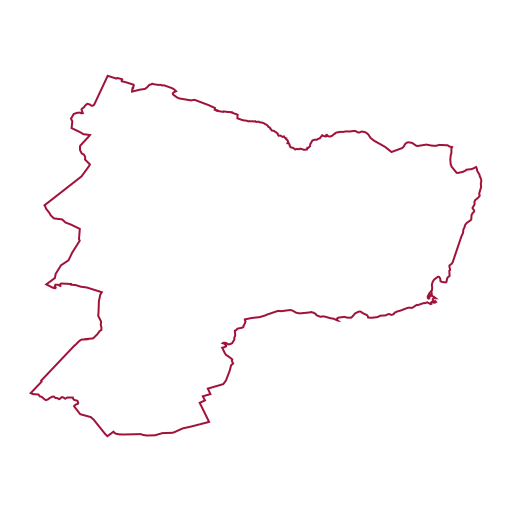 Batarci, Satu Mare, Romania (Robinson projection)
{"feature_id": "2599482B29173948913219", "entity_name": "Batarci", "entity_type": "district", "adm_level": 2, "iso_a3": "ROU", "parent_name": "Romania", "parent_adm1": "Satu Mare", "projection": "robinson", "projection_center": [23.175, 48.032], "detail": "fine", "context": "isolated", "style": "outline", "palette": "rose", "viewbox_px": 512, "rotation_deg": 0, "n_neighbors": 0, "source": "geoboundaries", "source_scale": "gbopen_adm2", "svg_char_len": 5966}
<svg xmlns="http://www.w3.org/2000/svg" viewBox="0 0 512 512"><path d="M476.0,167.0L473.5,168.4L471.6,169.1L466.4,169.7L465.7,170.5L463.0,171.8L458.2,172.9L456.7,172.9L451.6,166.7L450.7,164.2L450.3,159.5L450.7,155.5L451.4,152.8L451.4,148.6L452.1,147.1L449.4,146.5L447.7,145.3L439.3,144.9L436.0,145.8L434.8,145.8L431.6,145.6L426.4,144.6L417.5,146.0L416.2,145.7L412.1,142.9L408.4,142.3L407.2,142.5L405.7,143.5L404.9,144.4L403.8,146.5L402.3,148.0L391.5,152.0L384.8,146.7L374.4,140.9L370.7,138.1L368.3,134.5L366.6,133.0L365.2,132.2L362.6,131.6L361.5,131.6L359.3,132.5L358.3,132.6L355.8,131.2L354.2,130.9L349.9,131.5L346.0,131.4L342.4,132.0L340.9,131.8L337.1,132.4L335.5,132.9L334.9,133.7L333.5,134.5L332.1,135.8L329.8,136.6L328.3,136.3L326.8,134.8L326.2,135.1L326.4,136.2L325.9,136.5L322.7,135.8L322.5,135.3L322.2,135.2L319.7,138.4L318.0,138.9L316.9,139.7L314.2,139.8L312.4,140.5L310.3,144.1L310.0,146.3L308.1,148.0L307.4,147.8L306.9,149.5L304.0,149.8L300.3,148.6L299.2,149.2L296.4,149.0L295.3,149.5L293.2,147.9L290.6,147.3L289.6,145.6L289.7,145.0L288.9,143.3L287.5,143.2L288.1,141.4L287.4,140.1L286.3,139.5L286.1,139.2L286.3,138.4L284.8,137.7L283.9,136.4L282.8,136.9L280.1,135.5L278.7,135.8L277.9,134.7L277.6,133.4L273.9,130.9L271.7,130.5L271.1,129.3L270.3,128.8L269.9,127.6L268.4,126.9L267.6,125.5L264.0,123.3L261.7,122.5L259.9,122.4L258.8,121.7L256.1,121.9L255.3,121.2L253.9,121.6L252.8,121.2L250.5,121.4L249.4,121.1L248.4,121.4L246.7,120.7L243.8,120.4L241.3,119.7L237.4,118.3L237.6,114.7L231.8,112.6L231.9,112.3L230.6,112.1L227.3,111.9L227.6,112.0L223.6,111.4L223.2,111.9L216.8,110.8L217.0,110.2L214.7,109.8L215.0,108.0L208.3,105.0L194.5,99.8L191.1,100.4L179.6,98.5L177.3,97.6L173.2,94.7L172.8,93.4L173.3,92.6L176.1,91.2L174.1,89.4L171.9,88.1L164.0,85.3L162.1,85.5L161.0,84.9L158.0,84.9L153.7,84.2L152.2,83.7L151.1,84.4L149.3,84.9L146.9,87.5L145.0,88.9L139.7,89.7L132.1,91.6L132.2,89.7L133.1,88.1L132.6,87.9L133.8,85.6L133.6,84.7L125.1,82.0L122.1,81.4L121.7,81.2L121.6,80.6L122.2,79.4L121.8,79.1L117.2,78.0L116.4,78.6L107.7,75.8L94.2,104.6L93.4,105.4L92.1,105.8L91.0,105.5L89.9,104.5L87.2,103.8L84.8,105.9L84.3,107.1L82.0,108.7L81.5,109.5L82.8,113.1L81.2,113.3L80.1,112.6L77.2,112.8L73.7,114.0L71.0,118.7L72.3,121.3L71.6,128.1L80.2,132.2L83.4,134.2L89.9,135.0L88.5,136.8L80.3,145.6L80.0,146.4L80.0,150.0L81.7,153.4L84.0,154.7L85.2,157.0L85.0,159.5L89.9,164.4L89.1,166.0L81.5,176.4L44.5,205.3L45.2,206.4L46.1,208.7L49.2,212.7L50.8,215.4L53.9,218.4L62.1,219.4L65.5,222.5L71.0,224.6L79.8,228.9L79.0,239.0L79.7,240.7L72.2,252.6L68.5,260.3L61.0,265.3L55.7,273.8L54.9,278.0L46.3,284.4L53.2,287.9L55.4,288.2L55.7,287.4L54.7,286.6L55.4,284.7L58.1,284.8L60.3,286.0L60.5,285.9L60.1,284.4L61.1,283.5L71.0,284.0L71.0,284.7L75.8,285.1L80.7,286.7L86.8,287.5L101.8,292.2L100.3,294.6L98.9,301.1L98.5,312.6L98.2,315.8L101.0,321.4L101.1,322.5L100.7,324.5L101.4,327.4L101.4,329.9L99.6,331.1L97.2,334.4L93.1,338.4L86.4,339.0L86.7,339.3L81.5,339.6L79.4,340.9L75.1,345.2L74.6,345.4L41.1,380.7L41.6,381.6L41.4,381.9L30.7,393.1L33.0,394.1L38.4,394.5L39.9,396.4L41.7,396.8L44.5,399.3L45.9,400.1L48.2,399.3L49.5,398.1L52.1,396.8L53.5,396.5L54.0,396.7L55.5,398.0L57.2,398.1L59.2,399.2L60.2,398.6L61.5,397.3L62.1,397.1L63.4,397.5L65.2,398.7L67.4,397.5L72.8,397.5L73.4,399.2L74.1,399.8L77.0,400.7L77.7,401.2L78.2,403.0L78.0,403.7L75.7,404.6L74.5,405.5L74.1,406.3L80.2,414.2L90.8,417.1L93.7,419.7L105.1,433.9L107.4,436.2L113.5,431.7L114.4,432.8L115.6,433.6L119.4,434.4L123.4,434.5L140.7,434.1L142.9,434.9L146.6,435.5L154.9,435.3L162.5,433.1L172.3,432.8L174.1,432.3L182.7,428.4L190.1,426.8L209.1,421.9L199.7,402.8L205.0,400.4L202.8,396.3L210.4,394.1L207.8,388.6L217.9,385.7L223.3,384.1L226.0,380.4L229.8,370.4L231.1,365.2L233.1,363.6L231.9,360.9L232.3,359.4L228.4,356.4L226.1,355.0L224.8,353.1L222.2,347.7L224.4,347.2L226.1,346.3L226.3,345.8L224.5,343.8L222.8,343.2L223.4,342.8L225.6,342.8L228.6,344.4L230.3,344.1L232.2,343.1L234.4,339.4L234.3,337.7L235.1,335.8L235.2,334.8L234.8,330.7L236.4,330.0L237.3,328.7L242.5,327.6L243.5,326.8L243.5,325.9L244.5,324.2L245.4,321.8L245.5,321.3L245.0,320.5L244.8,319.4L251.6,318.0L259.8,317.1L265.7,315.3L266.1,314.9L278.0,310.9L281.3,311.2L289.3,310.1L291.0,310.1L292.9,310.8L296.3,312.8L299.8,313.4L310.1,312.4L311.2,312.0L312.1,312.5L312.9,312.4L315.7,313.9L316.0,314.7L316.9,315.4L320.4,316.8L322.7,316.4L324.4,316.5L330.8,318.3L333.6,318.7L337.3,320.4L337.8,320.5L337.0,319.8L336.7,319.0L337.9,317.9L338.6,317.6L344.3,316.9L347.5,317.7L351.0,317.7L352.4,316.6L355.0,313.5L358.1,311.9L359.7,311.5L360.9,311.7L362.5,313.0L367.0,315.1L367.7,316.1L368.1,317.5L371.5,317.8L377.5,317.1L380.3,315.7L385.6,315.4L388.3,314.1L389.8,314.2L391.1,314.9L392.1,314.8L394.0,313.8L394.6,312.7L397.5,311.4L400.8,310.5L407.5,307.9L409.6,307.6L411.3,307.9L412.5,307.7L416.7,304.9L417.8,305.1L423.3,303.2L425.4,303.1L426.6,302.5L427.4,302.4L430.6,304.1L431.3,303.9L430.9,302.8L431.1,302.4L431.6,302.1L432.3,301.9L433.2,302.6L434.7,302.7L436.0,302.0L435.1,301.0L433.8,301.6L432.8,300.5L432.7,299.3L433.5,298.4L434.1,298.1L435.6,298.2L433.5,296.6L432.2,296.1L431.8,295.1L431.7,293.9L431.3,294.7L430.4,295.0L430.6,295.8L429.4,296.8L429.3,298.4L428.6,298.6L427.8,297.9L427.7,296.6L429.1,293.7L432.0,290.1L432.2,287.2L431.9,285.9L431.9,284.6L432.7,281.8L434.1,279.6L437.7,276.9L438.4,276.7L439.2,277.0L439.9,278.0L440.4,279.3L440.4,280.9L441.0,281.5L442.3,282.0L444.5,282.3L445.9,282.3L446.4,282.0L447.1,278.8L447.6,277.5L449.6,275.9L449.3,270.8L450.1,269.9L449.3,265.9L449.6,265.4L451.7,263.7L452.7,262.2L461.4,236.4L463.0,233.0L463.4,229.4L464.6,227.2L464.9,225.5L465.5,224.4L466.9,222.8L470.8,220.1L471.3,219.2L471.5,215.2L472.5,213.2L473.6,212.2L474.2,211.1L473.7,209.7L472.7,208.6L472.5,207.9L474.4,204.7L474.6,203.9L474.4,201.9L475.2,200.1L478.1,197.8L479.6,195.9L479.7,195.1L479.2,194.2L479.4,192.8L481.1,187.1L480.8,183.5L481.3,181.3L481.2,179.8L480.4,177.4L479.9,176.7L479.4,174.5L477.3,171.1L476.7,168.2L476.0,167.0Z" fill="none" stroke="#9f1239" stroke-width="2"/></svg>